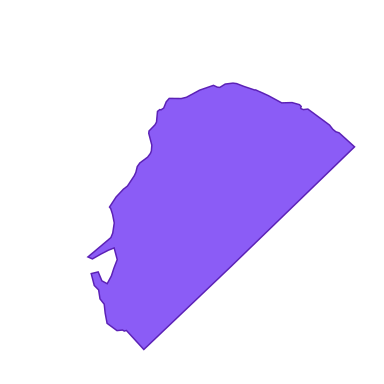 outline of Huron, Michigan, United States of America, rotated 318°
{"feature_id": "52423323B37745159974829", "entity_name": "Huron", "entity_type": "district", "adm_level": 2, "iso_a3": "USA", "parent_name": "United States of America", "parent_adm1": "Michigan", "projection": "robinson", "projection_center": [-83.064, 43.869], "detail": "fine", "context": "isolated", "style": "filled", "palette": "violet", "viewbox_px": 384, "rotation_deg": 318, "n_neighbors": 0, "source": "geoboundaries", "source_scale": "gbopen_adm2", "svg_char_len": 1095}
<svg xmlns="http://www.w3.org/2000/svg" viewBox="0 0 384 384"><g transform="rotate(318 192 192)"><path d="M343.0,267.2L340.9,246.4L339.2,243.5L338.6,239.6L339.0,234.3L333.6,207.9L329.9,205.3L328.8,203.1L328.9,202.3L330.4,201.5L330.3,199.0L326.2,192.5L318.3,185.8L313.2,171.4L307.6,158.7L306.8,158.1L301.3,148.4L297.7,141.3L295.3,138.5L288.9,134.0L282.7,132.9L281.0,131.1L279.3,127.1L265.8,121.4L251.3,117.9L246.6,115.4L237.7,107.2L233.3,107.7L227.1,110.7L223.9,110.2L223.2,109.2L220.3,109.0L212.4,116.3L209.5,117.3L200.9,117.9L199.1,119.5L193.5,130.3L189.3,134.3L186.9,135.5L182.4,136.4L172.7,135.5L168.3,136.5L163.5,139.8L160.0,141.3L148.0,144.4L142.9,144.0L132.3,144.9L120.6,148.0L120.5,149.9L118.1,155.3L113.5,163.0L105.6,169.5L101.2,171.6L82.1,171.0L71.2,170.6L73.2,175.1L82.5,177.1L90.9,179.3L96.7,181.5L91.2,192.2L82.9,196.4L76.0,200.4L67.6,203.4L65.6,197.7L68.8,188.6L62.5,185.2L56.8,196.1L57.1,202.3L52.1,209.9L51.7,216.6L46.5,223.8L41.0,232.8L43.5,244.8L48.0,248.1L48.6,250.0L50.6,251.0L50.8,276.8L169.3,273.5L343.0,267.2Z" fill="#8b5cf6" stroke="#5b21b6" stroke-width="1.5"/></g></svg>